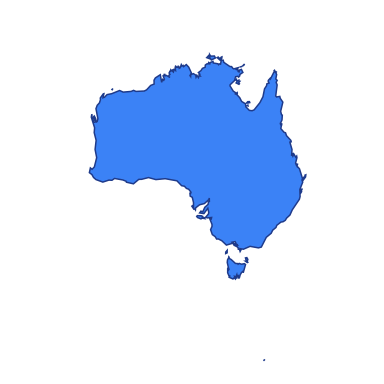 an SVG outline of Australia, rotated 17°
{"feature_id": "AUS", "entity_name": "Australia", "entity_type": "country or territory", "adm_level": 0, "iso_a3": "AUS", "parent_name": "Oceania", "parent_adm1": "", "projection": "robinson", "projection_center": [137.073, -32.4], "detail": "fine", "context": "isolated", "style": "filled", "palette": "blue", "viewbox_px": 384, "rotation_deg": 17, "n_neighbors": 0, "source": "natural_earth", "source_scale": "50m", "svg_char_len": 5949}
<svg xmlns="http://www.w3.org/2000/svg" viewBox="0 0 384 384"><g transform="rotate(17 192 192)"><path d="M240.8,60.3L240.4,62.5L242.1,64.7L244.0,75.7L245.1,76.4L248.0,74.9L249.0,76.6L252.6,79.5L253.2,88.9L255.0,91.9L255.9,92.1L257.0,96.8L256.5,100.9L258.1,102.7L258.4,105.4L262.6,108.0L264.1,108.0L265.9,110.5L271.5,113.8L272.2,115.0L271.0,115.7L275.2,122.1L276.5,127.6L277.1,127.3L278.0,128.3L278.3,125.9L281.1,128.4L281.6,127.1L282.3,128.5L282.6,134.1L284.3,136.2L288.0,138.4L293.7,146.8L293.7,148.5L295.0,150.2L294.4,158.1L296.7,164.8L296.8,167.6L293.1,179.8L292.4,185.4L290.1,189.3L289.5,191.8L287.8,193.8L285.8,194.8L282.8,199.1L282.7,201.3L280.3,205.0L279.8,208.3L276.3,213.6L274.4,224.4L271.9,226.0L263.4,227.0L257.9,231.7L254.5,232.1L255.1,233.2L255.8,232.8L255.4,234.8L254.2,233.0L253.0,233.2L252.3,231.7L250.2,230.9L251.0,230.0L250.7,229.0L249.7,229.0L247.9,230.6L246.7,229.6L247.7,229.6L248.9,228.0L247.7,226.8L245.0,228.3L246.4,228.8L240.4,232.7L234.8,229.9L230.9,229.2L229.3,229.8L227.2,227.9L223.9,226.8L220.8,222.6L221.2,218.9L220.5,217.0L216.5,212.0L218.3,212.2L218.2,210.6L214.2,212.3L212.4,212.2L214.1,208.4L214.0,206.7L211.9,202.9L209.7,209.2L205.4,209.8L206.1,207.7L208.1,207.7L208.7,202.9L211.0,199.1L210.6,196.7L211.4,196.0L210.3,192.7L210.3,194.3L207.3,199.4L203.0,202.0L200.1,206.1L200.5,208.1L199.6,207.4L198.8,207.9L196.0,205.6L196.5,204.9L197.7,205.5L196.5,201.6L193.8,197.0L191.5,196.5L190.4,193.8L191.1,193.7L191.1,192.5L188.0,190.3L185.6,190.2L183.1,188.7L180.2,189.0L174.3,185.7L162.5,187.1L153.8,190.7L146.2,190.9L140.1,194.6L137.4,195.5L133.6,201.3L126.4,201.8L125.9,201.0L122.3,200.7L114.0,201.7L112.0,204.2L109.1,204.9L103.8,208.6L96.5,208.2L93.6,206.9L91.2,204.6L88.2,203.5L87.8,198.7L89.8,199.5L91.3,196.6L90.8,187.0L86.9,179.7L85.2,170.6L81.1,163.8L80.1,159.1L75.0,151.6L75.8,152.0L75.9,151.0L77.4,154.0L78.7,153.7L78.8,152.6L76.0,148.6L76.3,147.9L77.8,149.4L78.0,151.3L78.7,150.6L79.5,152.5L80.1,153.0L80.7,152.3L80.6,149.5L75.8,140.4L76.0,136.8L77.4,133.9L77.5,130.7L76.8,128.9L78.5,124.0L79.0,123.7L79.3,127.9L80.6,127.0L82.3,123.7L86.4,121.5L93.1,116.1L97.0,116.6L104.4,113.6L106.4,111.9L109.0,112.2L116.8,109.4L118.7,107.6L121.3,102.2L124.2,99.8L123.0,96.2L123.6,93.6L127.4,89.1L130.9,96.0L131.0,92.9L132.3,93.5L132.6,92.2L130.4,89.4L131.1,88.9L131.0,87.7L131.7,87.5L132.4,88.7L133.4,88.0L137.5,88.9L135.5,88.2L136.8,85.4L136.0,86.1L135.3,84.7L135.6,83.0L136.2,83.0L137.0,81.6L139.1,82.7L139.1,81.8L138.2,81.8L137.8,80.9L138.9,79.9L140.7,80.6L139.6,78.0L141.9,76.5L142.1,75.1L142.3,76.8L143.2,76.4L143.6,77.4L144.4,76.6L144.5,73.3L145.7,74.5L146.5,73.5L147.4,74.5L149.3,71.8L152.4,73.6L156.6,78.3L155.9,82.0L156.4,81.3L156.9,81.8L156.5,80.1L158.7,78.4L161.4,79.1L162.3,80.9L162.6,79.0L164.7,80.7L164.7,78.9L165.9,78.7L164.5,77.6L165.0,77.0L163.2,75.9L165.1,73.3L165.8,70.7L168.1,68.9L167.6,66.7L168.9,65.0L170.1,64.7L170.1,63.4L171.5,64.2L171.5,62.9L173.9,61.0L174.7,62.4L179.3,61.8L180.2,62.5L180.7,61.5L181.9,61.4L181.6,58.3L176.8,56.1L177.6,55.3L178.7,56.2L179.7,55.6L181.7,57.4L183.3,56.8L184.5,58.7L191.5,60.9L193.2,60.5L194.9,61.8L196.0,62.0L200.0,59.5L198.7,61.9L200.4,61.8L200.9,63.3L201.9,63.4L201.9,61.4L203.4,60.3L205.7,62.8L203.4,65.6L203.7,67.0L203.0,68.5L202.1,67.9L200.0,69.0L200.1,73.0L197.1,78.3L197.3,79.4L202.0,83.5L204.4,84.2L204.8,85.6L206.0,85.5L210.0,87.8L213.0,90.9L217.3,92.0L218.6,94.8L223.0,97.2L225.7,96.7L227.4,95.3L230.8,86.7L232.0,80.2L231.2,72.1L232.2,68.7L232.0,66.6L233.8,65.3L232.4,63.7L232.4,62.8L233.5,60.4L234.0,60.9L235.2,53.8L236.8,52.3L237.6,52.6L237.3,53.4L238.6,54.9L239.1,59.4L240.8,60.3ZM246.2,244.5L249.2,245.1L254.4,247.6L256.6,247.1L257.2,247.6L258.0,246.5L260.4,246.6L263.1,245.2L264.4,245.7L264.6,254.3L264.0,252.7L262.9,254.6L262.3,257.1L262.4,260.3L261.4,260.7L260.8,259.4L261.6,258.8L260.5,258.3L259.8,259.5L259.0,257.9L258.7,260.6L257.4,260.3L257.8,261.0L256.6,263.2L252.4,262.7L252.2,261.7L253.3,261.3L251.6,261.1L249.7,258.8L248.4,254.4L249.7,256.1L250.0,255.2L249.1,253.9L248.6,254.2L248.6,253.1L246.3,249.1L245.8,246.5L246.2,244.5ZM170.1,56.6L173.7,55.4L175.2,57.0L171.9,60.1L169.5,58.1L168.7,55.4L170.1,56.6ZM209.2,213.0L211.0,212.9L212.0,213.7L209.6,214.0L208.4,215.1L204.7,214.8L203.6,213.9L204.1,213.0L207.8,212.0L209.2,212.2L209.2,213.0ZM204.4,72.2L205.4,72.1L204.6,73.9L205.7,74.6L205.4,75.3L202.3,74.8L202.8,72.6L204.1,71.3L204.4,72.2ZM294.6,148.9L294.1,147.6L294.5,145.3L295.6,144.1L295.1,142.9L295.8,142.3L296.2,144.4L294.6,148.9ZM263.6,238.7L265.1,240.1L265.1,241.3L264.0,241.9L262.4,239.4L263.6,238.7ZM168.2,56.3L170.0,59.4L166.8,59.2L168.2,56.3ZM242.2,241.0L241.8,239.6L242.7,237.5L243.4,239.9L242.2,241.0ZM221.1,89.6L219.6,90.5L218.1,91.0L218.9,89.3L220.5,88.8L221.1,89.6ZM75.0,150.8L73.7,149.1L73.5,147.5L73.7,147.4L75.0,150.8ZM265.1,242.2L265.9,243.0L265.5,243.3L263.5,242.6L265.1,242.2ZM283.7,134.6L284.8,134.6L284.8,136.2L283.7,134.6ZM257.9,100.6L258.2,101.7L257.9,102.2L256.8,100.7L257.9,100.6ZM258.8,261.0L258.9,262.5L257.9,262.0L258.8,261.0ZM296.7,159.7L296.2,161.5L296.0,161.4L296.1,159.5L296.7,159.7ZM181.2,56.1L180.6,54.4L181.1,54.0L181.4,55.3L181.2,56.1ZM204.6,55.4L203.4,57.0L204.8,54.2L204.6,55.4ZM296.2,158.9L295.8,157.8L296.2,157.1L296.4,157.1L296.2,158.9ZM206.5,84.8L205.7,84.4L206.1,83.7L206.4,84.1L206.5,84.8ZM202.0,72.1L201.1,72.2L201.6,71.3L202.0,72.1ZM86.1,116.2L85.8,117.5L85.5,117.4L86.1,116.2ZM235.8,52.3L235.3,52.6L235.0,51.9L235.3,51.5L235.8,52.3ZM250.7,229.7L249.9,230.1L249.6,229.9L249.7,229.5L250.7,229.7ZM310.4,331.4L309.7,332.5L310.5,330.8L310.4,331.4ZM203.0,57.4L201.4,58.5L203.1,57.2L203.0,57.4ZM139.7,76.5L139.1,77.2L139.5,76.4L139.7,76.5ZM259.6,260.8L258.9,260.3L259.2,259.8L259.5,260.0L259.6,260.8ZM220.4,93.3L219.5,93.3L220.0,92.6L220.4,93.3ZM136.5,82.1L136.0,82.6L136.0,81.6L136.5,82.1ZM249.3,230.4L250.0,231.0L248.8,230.8L249.3,230.4ZM277.7,125.7L277.4,125.7L277.7,125.1L277.7,125.7ZM246.6,243.5L246.4,244.0L246.2,243.3L246.6,243.5Z" fill="#3b82f6" stroke="#1e3a8a" stroke-width="1.5"/></g></svg>